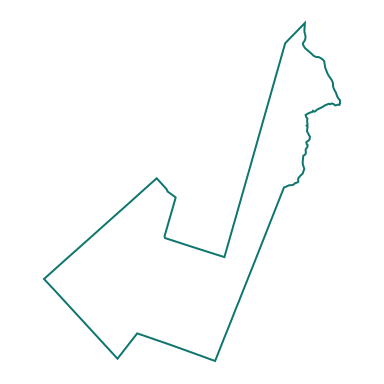 the district of Ouro Preto do Oeste, Rondônia, Brazil
{"feature_id": "56859067B7033309117627", "entity_name": "Ouro Preto do Oeste", "entity_type": "district", "adm_level": 2, "iso_a3": "BRA", "parent_name": "Brazil", "parent_adm1": "Rondônia", "projection": "orthographic", "projection_center": [-62.001, -10.509], "detail": "fine", "context": "isolated", "style": "outline", "palette": "teal", "viewbox_px": 384, "rotation_deg": 0, "n_neighbors": 0, "source": "geoboundaries", "source_scale": "gbopen_adm2", "svg_char_len": 1695}
<svg xmlns="http://www.w3.org/2000/svg" viewBox="0 0 384 384"><path d="M44.0,279.0L54.5,290.2L117.5,358.7L126.5,347.1L137.2,333.4L171.2,345.1L215.1,361.0L220.2,348.2L223.4,340.0L226.4,332.6L232.6,317.1L236.1,308.1L238.8,301.6L244.1,288.1L252.8,266.4L258.6,251.7L284.0,187.4L285.8,186.8L288.7,185.4L290.2,185.2L292.3,185.1L294.0,184.3L295.1,183.1L296.8,182.7L298.2,181.9L298.2,178.4L300.4,175.7L302.7,173.5L303.4,171.3L304.3,169.0L302.8,164.2L302.7,161.8L303.3,155.8L305.4,154.3L305.9,152.6L305.7,151.0L305.7,149.2L307.2,147.3L307.7,145.2L306.8,144.3L306.3,142.3L307.4,141.2L308.6,140.6L309.6,139.3L309.9,136.5L309.0,135.2L308.4,133.9L307.0,131.3L307.3,128.4L307.6,126.6L306.6,125.6L307.6,124.6L307.1,121.4L307.4,118.7L306.2,117.0L305.6,115.0L307.1,114.0L310.2,112.5L312.0,112.1L313.0,110.8L314.2,111.7L315.4,111.2L316.3,110.2L317.5,109.4L322.8,106.8L324.5,105.6L326.8,104.6L328.8,103.8L330.1,104.3L331.6,103.5L333.5,104.0L335.1,105.4L336.7,105.1L338.0,104.6L339.4,104.9L340.0,103.5L339.9,100.1L338.4,98.5L337.1,96.2L336.0,92.8L333.9,89.0L333.0,86.2L333.0,83.9L332.7,82.3L331.6,79.9L328.5,75.4L327.2,72.8L325.2,67.6L324.2,61.1L322.7,59.5L321.0,58.3L319.6,57.5L318.0,56.9L316.6,57.2L313.6,55.8L311.5,53.7L305.0,48.1L303.7,46.0L302.8,43.9L303.2,42.7L304.4,41.1L305.3,39.1L305.5,37.3L305.4,35.7L304.5,32.1L304.4,29.9L304.9,23.0L303.5,24.4L285.2,43.2L260.3,130.9L250.3,166.3L224.4,257.1L208.9,252.2L194.5,247.6L187.0,245.2L179.4,242.7L165.1,238.1L164.5,236.4L175.3,198.9L175.6,197.4L167.6,191.5L166.6,189.2L156.7,178.3L142.2,191.2L127.7,204.3L116.4,214.3L110.5,219.6L103.2,226.1L91.4,236.7L77.0,249.5L65.5,259.7L59.6,265.0L54.7,269.4L44.0,279.0Z" fill="none" stroke="#0f766e" stroke-width="2"/></svg>